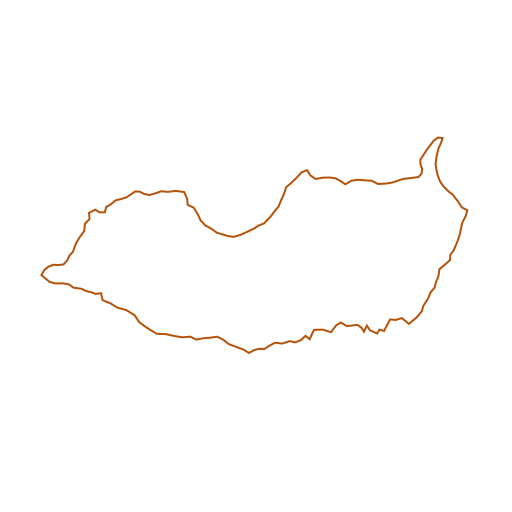 Claraval, Minas Gerais, Brazil, rotated 263°
{"feature_id": "56859067B71136395250653", "entity_name": "Claraval", "entity_type": "district", "adm_level": 2, "iso_a3": "BRA", "parent_name": "Brazil", "parent_adm1": "Minas Gerais", "projection": "albers", "projection_center": [-47.233, -20.359], "detail": "fine", "context": "isolated", "style": "outline", "palette": "amber", "viewbox_px": 512, "rotation_deg": 263, "n_neighbors": 0, "source": "geoboundaries", "source_scale": "gbopen_adm2", "svg_char_len": 2323}
<svg xmlns="http://www.w3.org/2000/svg" viewBox="0 0 512 512"><g transform="rotate(263 256 256)"><path d="M275.6,471.3L279.2,466.2L286.0,462.9L292.9,458.7L296.7,454.9L302.7,450.3L307.7,447.7L313.7,446.2L319.3,445.6L325.0,445.4L332.3,447.2L340.5,450.2L346.0,453.6L350.3,455.6L351.4,451.0L348.8,446.4L345.0,442.8L341.4,439.2L336.6,435.1L331.5,430.8L327.0,430.4L322.2,431.5L317.9,430.5L314.6,427.0L314.5,419.6L314.6,411.6L313.5,406.0L312.3,400.1L312.1,393.4L312.6,385.9L316.5,380.1L318.3,371.2L319.3,366.1L319.1,359.9L316.3,353.4L320.0,349.1L323.4,344.5L324.9,338.8L325.6,331.8L325.2,324.5L329.2,320.0L335.0,317.1L333.5,311.5L328.9,306.1L324.1,299.7L320.6,294.3L313.6,291.0L308.1,287.6L302.5,284.5L298.2,280.0L293.2,275.1L287.5,268.2L285.8,262.0L283.4,257.2L281.1,250.2L278.8,243.0L277.7,236.3L279.1,230.8L281.1,226.4L283.8,220.1L288.9,214.6L292.4,209.5L298.0,205.4L305.0,203.1L311.6,200.0L315.1,194.4L320.8,194.7L328.2,192.6L330.4,184.4L330.4,176.5L331.8,169.9L330.4,163.4L329.5,157.8L331.2,152.6L334.0,148.5L334.8,143.9L332.3,139.1L330.0,134.5L329.1,129.7L328.3,123.3L325.1,118.4L322.8,113.2L317.7,111.2L318.5,105.8L321.6,102.2L319.1,95.5L313.0,95.3L308.8,90.1L301.8,88.6L297.0,84.1L291.7,79.7L287.2,77.1L282.4,74.8L279.3,71.0L274.8,68.2L271.1,64.0L271.1,58.7L272.0,54.1L270.8,48.7L267.5,43.8L263.2,40.7L255.5,47.9L253.3,53.2L252.3,61.5L250.6,66.9L246.8,71.0L244.7,78.9L241.8,83.3L240.1,88.1L237.9,92.4L238.0,97.6L230.8,98.4L226.5,106.1L221.6,112.2L218.2,120.6L211.9,128.4L204.6,132.0L199.2,137.7L195.5,142.1L190.9,148.0L189.4,157.2L187.0,163.9L184.3,172.7L183.9,181.1L180.3,186.5L180.8,193.9L180.5,201.0L180.6,207.7L177.2,212.9L171.9,218.2L167.6,226.4L164.5,232.4L160.6,237.2L162.8,242.5L163.5,247.7L162.6,252.8L165.4,258.5L167.6,264.3L165.9,271.3L167.4,279.0L165.5,284.4L167.1,290.4L170.7,295.3L166.9,299.2L170.9,301.5L175.6,304.6L174.8,313.3L171.2,321.2L177.2,326.9L179.6,332.0L175.3,337.8L175.3,348.3L172.1,351.9L167.7,354.0L173.4,357.5L168.4,360.1L164.3,366.8L167.9,369.6L166.0,374.0L171.0,377.3L176.7,381.4L175.5,386.7L176.6,393.2L170.0,399.5L175.5,408.0L181.1,413.9L186.1,416.0L192.1,421.1L198.8,425.0L202.7,429.3L208.2,431.5L214.2,434.8L220.5,436.4L225.0,443.3L228.4,448.2L233.6,449.0L237.3,452.8L245.9,457.7L251.6,460.5L263.7,464.7L270.2,469.0L275.6,471.3Z" fill="none" stroke="#b45309" stroke-width="2"/></g></svg>